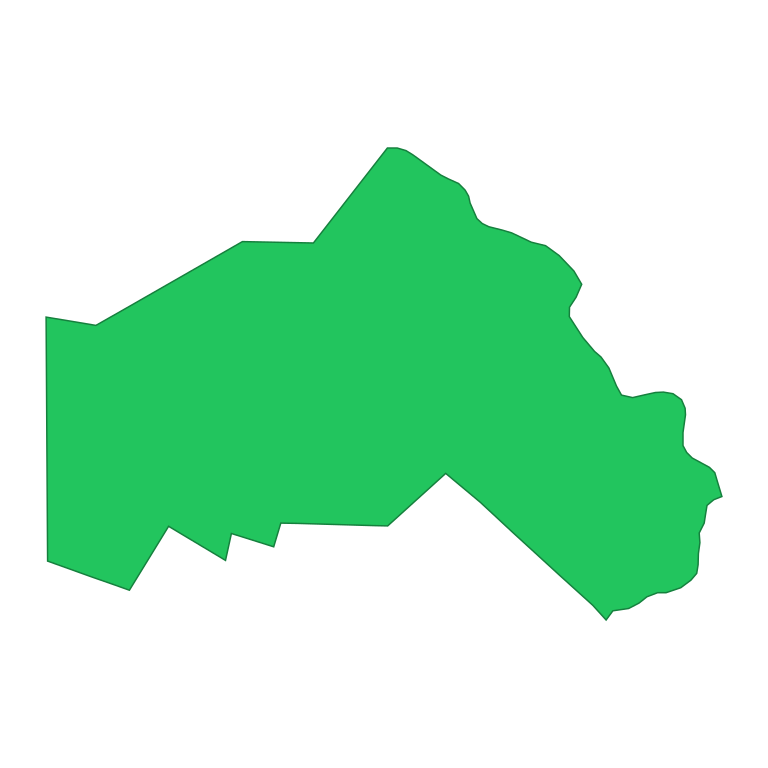 the district of Lagoa do Piauí, Piauí, Brazil
{"feature_id": "56859067B46301413815752", "entity_name": "Lagoa do Piauí", "entity_type": "district", "adm_level": 2, "iso_a3": "BRA", "parent_name": "Brazil", "parent_adm1": "Piauí", "projection": "albers", "projection_center": [-42.544, -5.453], "detail": "fine", "context": "isolated", "style": "filled", "palette": "green", "viewbox_px": 768, "rotation_deg": 0, "n_neighbors": 0, "source": "geoboundaries", "source_scale": "gbopen_adm2", "svg_char_len": 1172}
<svg xmlns="http://www.w3.org/2000/svg" viewBox="0 0 768 768"><path d="M387.4,148.0L313.4,243.0L242.4,241.6L126.5,308.0L95.9,325.4L46.1,317.1L47.6,561.1L93.0,577.4L114.5,584.9L129.4,590.2L168.6,526.3L225.5,560.4L231.4,533.5L273.7,546.8L277.2,535.1L280.8,523.1L297.9,523.4L373.9,525.6L387.7,525.9L445.7,473.4L480.2,502.2L512.6,532.3L559.5,575.2L592.8,605.3L606.1,620.0L612.9,610.8L628.6,608.5L639.0,603.1L646.9,596.8L657.6,592.7L666.1,592.7L680.8,587.7L691.0,580.1L696.7,573.4L698.1,564.7L698.4,553.6L699.9,542.7L699.2,533.0L704.2,523.1L705.6,514.0L707.0,505.4L713.8,499.7L721.9,496.5L717.0,480.2L714.8,472.7L709.5,467.4L692.2,458.0L686.7,452.5L683.0,445.6L683.0,432.5L685.5,414.8L685.1,408.2L681.5,399.7L673.0,393.7L663.4,392.1L655.4,392.5L644.4,394.9L632.6,397.6L621.5,395.1L616.5,386.1L608.9,368.0L601.0,357.0L594.6,351.5L582.8,337.5L569.3,316.6L569.5,307.2L576.1,297.2L581.7,284.3L573.9,271.0L559.2,255.6L545.6,245.7L531.3,242.2L511.7,232.9L502.3,230.1L488.7,226.7L482.2,223.5L476.9,218.6L470.1,203.0L468.6,196.2L465.1,190.1L458.7,183.6L447.9,178.7L440.7,175.0L412.8,154.8L406.0,150.6L397.2,148.0L387.4,148.0Z" fill="#22c55e" stroke="#15803d" stroke-width="1.5"/></svg>